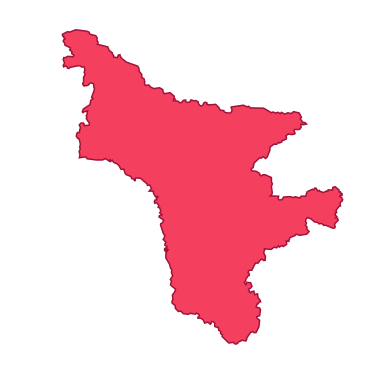 the border of Amur, rotated 8°
{"feature_id": "RUS-2609", "entity_name": "Amur", "entity_type": "Region", "adm_level": 1, "iso_a3": "RUS", "parent_name": "Russia", "parent_adm1": "", "projection": "orthographic", "projection_center": [128.173, 52.947], "detail": "fine", "context": "isolated", "style": "filled", "palette": "rose", "viewbox_px": 384, "rotation_deg": 8, "n_neighbors": 0, "source": "natural_earth", "source_scale": "10m", "svg_char_len": 5969}
<svg xmlns="http://www.w3.org/2000/svg" viewBox="0 0 384 384"><g transform="rotate(8 192 192)"><path d="M105.8,173.0L101.7,171.0L99.0,172.7L92.9,173.6L83.5,173.7L81.9,172.0L75.7,173.8L75.8,170.7L74.6,167.6L75.4,164.5L74.5,163.5L74.8,160.1L72.8,155.0L71.5,154.9L69.7,153.0L69.7,150.6L70.3,149.0L72.3,148.7L72.1,145.9L72.7,144.1L71.0,141.2L72.4,139.3L74.5,138.7L75.5,139.4L76.0,141.2L80.4,140.3L80.9,139.6L80.8,138.2L77.1,134.1L77.5,132.6L76.6,131.1L77.5,129.5L77.0,127.8L77.3,126.3L73.9,127.6L73.0,128.6L72.2,127.9L72.8,125.0L78.8,119.7L79.0,115.3L81.0,113.3L79.4,112.2L80.9,105.4L81.0,103.0L80.2,101.9L79.6,98.7L77.3,98.0L75.6,98.5L74.4,100.6L72.6,101.5L71.0,101.4L70.5,102.1L69.1,101.0L68.7,99.7L69.3,97.9L68.6,93.2L69.9,90.6L68.6,88.7L68.9,85.8L67.8,83.2L65.3,83.6L63.6,82.7L61.6,82.8L53.9,85.6L53.0,86.7L51.5,86.8L50.7,85.3L49.4,84.7L47.5,86.0L46.8,84.5L47.6,82.9L47.5,81.3L46.0,78.8L46.3,76.7L47.9,76.6L49.9,75.0L55.6,74.5L56.0,73.0L53.5,71.6L53.7,70.0L51.1,68.3L51.6,67.8L51.5,66.2L45.8,64.3L45.3,62.6L43.4,60.4L43.9,59.0L44.8,58.5L44.9,57.5L43.4,56.9L43.3,55.6L42.1,55.4L41.7,53.9L46.3,50.6L48.8,50.6L54.4,47.5L65.4,47.4L67.8,48.0L68.8,49.9L74.9,50.6L76.6,52.4L76.7,55.0L78.0,56.4L78.2,57.6L77.7,58.9L88.3,60.0L90.3,63.3L93.7,65.2L93.8,66.3L95.4,67.7L95.7,69.3L99.4,69.3L100.0,66.6L101.6,66.1L102.1,67.6L104.3,69.8L108.8,72.5L120.7,74.9L121.9,76.3L123.2,80.1L125.8,82.5L126.5,85.7L128.7,86.5L129.8,89.2L130.0,91.7L131.1,92.9L134.4,92.0L136.3,93.8L139.7,94.9L145.4,93.3L148.9,94.7L149.1,96.4L151.0,98.5L156.5,96.7L161.0,99.6L161.2,101.0L162.3,102.3L161.0,102.3L160.9,104.1L165.2,104.0L167.9,105.3L169.5,104.6L170.4,102.7L171.7,102.0L173.1,101.9L173.0,103.3L173.9,104.0L177.0,103.4L177.9,102.4L177.7,101.6L178.2,100.9L181.8,101.5L183.0,100.9L185.4,101.7L186.3,103.9L188.6,105.7L190.5,104.8L191.3,102.2L192.5,101.2L194.4,101.7L194.6,103.1L197.1,103.3L203.2,101.9L206.9,104.7L208.5,107.0L212.2,106.9L212.3,107.8L213.8,108.6L217.6,108.7L219.4,108.1L220.1,106.5L220.2,104.9L219.0,103.1L219.1,102.3L230.8,98.9L234.5,100.0L236.2,99.2L238.2,100.6L251.3,99.0L259.5,102.4L261.1,101.5L264.0,102.2L265.9,101.1L268.6,102.1L269.4,100.7L273.1,101.9L275.9,100.2L279.3,100.5L281.4,98.3L287.1,98.8L290.0,102.8L289.1,104.1L289.4,104.9L292.2,107.6L294.2,107.5L295.9,108.8L292.4,110.0L290.8,109.4L290.4,110.6L291.1,112.8L289.7,115.2L284.7,115.9L284.5,117.3L285.9,119.5L285.6,120.2L283.1,121.2L279.2,121.3L277.3,123.2L278.1,125.6L277.8,126.6L274.2,128.7L273.8,130.1L271.8,131.3L270.9,130.7L269.3,132.9L266.4,133.3L262.8,137.0L263.4,139.5L261.5,147.1L260.2,148.6L257.8,147.1L255.8,148.8L254.1,148.9L249.5,154.6L249.1,159.3L247.5,160.9L247.6,161.9L248.6,162.8L252.4,162.5L256.3,164.1L257.0,165.8L258.4,166.4L259.7,165.1L261.9,164.7L268.6,166.6L269.3,170.9L270.5,172.8L269.8,175.2L271.6,181.6L271.3,183.6L270.0,185.0L278.4,184.1L278.2,186.5L279.4,187.7L282.0,187.2L283.5,184.2L289.4,183.0L293.7,183.3L294.8,182.3L299.5,182.9L300.8,180.9L305.1,180.4L306.0,175.7L310.9,172.5L312.3,172.8L313.1,171.0L314.5,171.1L316.4,173.5L317.8,172.7L318.5,173.5L322.3,174.2L325.1,172.3L326.4,172.5L326.5,170.9L330.7,170.5L331.1,169.8L330.7,168.0L332.9,166.8L337.2,169.4L337.6,171.4L338.9,171.2L339.2,172.1L340.9,172.8L341.0,174.6L339.3,174.5L339.1,176.0L340.9,176.7L342.3,178.7L341.9,180.1L340.5,181.3L340.2,183.4L341.0,185.0L339.7,185.7L337.2,190.1L338.1,192.4L336.9,192.7L337.0,194.9L338.8,196.1L337.8,197.5L339.9,197.8L340.7,199.7L338.0,203.2L337.8,205.3L338.7,206.2L338.3,207.8L336.4,208.2L329.0,206.3L327.2,206.7L324.7,205.1L322.1,205.9L321.1,204.8L317.4,204.5L313.6,202.1L310.1,201.2L308.5,203.2L308.6,205.5L309.7,206.8L309.0,209.3L310.8,210.7L310.9,212.8L313.5,214.9L311.6,217.7L304.7,219.9L300.9,219.3L299.9,221.0L295.8,223.2L295.1,224.4L294.7,227.5L292.3,227.3L293.0,230.7L290.0,233.3L288.6,232.6L286.1,234.4L285.1,233.3L283.5,235.6L281.2,235.1L278.4,237.8L271.6,238.2L272.1,239.1L271.4,241.2L271.9,243.0L273.6,245.3L274.0,249.4L272.9,249.9L270.3,248.8L269.1,249.7L267.4,253.2L264.7,253.6L262.1,261.2L259.7,261.5L259.0,262.5L258.7,264.0L259.7,264.5L260.4,266.5L259.3,267.2L257.3,271.1L257.6,272.5L256.4,274.2L258.3,276.2L258.9,273.8L262.7,273.7L264.5,277.0L263.4,279.1L261.6,280.3L261.6,281.2L262.9,282.2L262.8,283.1L264.2,283.5L265.2,282.2L267.1,281.6L268.4,284.9L271.1,283.7L272.0,287.2L274.6,289.8L275.2,291.2L274.0,291.5L272.9,293.6L271.8,294.2L271.6,297.0L275.2,297.5L276.2,299.2L276.2,305.1L273.4,306.5L273.9,307.9L276.8,309.6L277.0,316.1L275.0,322.3L273.0,322.7L271.6,321.9L269.7,322.7L266.5,328.9L266.7,330.2L266.0,332.1L262.5,331.8L259.0,334.0L258.0,335.8L256.1,336.6L253.7,335.2L249.5,336.4L242.0,331.0L241.8,329.1L240.0,328.2L239.9,326.2L237.7,325.2L236.9,322.6L233.3,322.1L232.7,318.8L231.6,317.6L229.3,317.5L229.2,319.4L228.5,320.4L225.7,318.7L222.8,320.1L220.8,317.0L218.1,315.8L215.4,316.1L215.3,315.0L216.3,314.0L216.3,312.8L213.4,311.2L212.4,312.5L206.9,312.4L205.5,313.6L200.4,313.7L197.6,311.6L195.1,312.2L191.7,309.5L191.2,306.8L188.0,305.0L187.4,303.9L188.0,300.5L186.9,296.9L188.8,293.3L189.3,290.6L184.1,287.4L183.6,286.4L184.2,283.4L182.7,281.6L184.5,277.8L182.8,274.4L182.8,271.8L181.4,270.5L179.7,266.5L175.2,260.8L174.7,255.8L176.4,252.4L175.0,251.8L174.0,254.3L173.0,253.8L172.8,251.8L174.6,250.5L174.9,249.5L172.6,248.5L172.4,247.1L173.3,245.4L170.0,243.0L171.1,241.0L170.8,239.2L171.2,238.5L169.5,237.3L165.4,228.9L165.5,227.6L166.9,226.8L167.9,223.8L162.8,221.3L162.8,220.3L165.5,218.7L162.9,217.2L163.7,215.2L162.2,212.1L160.6,212.0L160.9,209.7L158.3,207.5L156.7,208.3L156.1,206.8L156.2,205.4L158.1,204.5L157.4,202.9L158.9,202.0L158.6,201.2L156.2,201.5L154.0,198.5L153.5,196.5L149.5,197.1L151.4,193.9L149.2,191.0L147.0,191.6L146.2,190.1L139.1,185.6L134.8,185.8L133.9,186.6L134.2,188.5L133.6,188.8L132.3,187.1L130.6,187.2L129.3,185.1L124.3,183.9L123.0,182.5L121.3,178.9L118.6,179.5L115.7,175.8L113.8,174.5L110.3,173.6L108.6,171.6L107.0,173.2L106.6,173.0L107.2,172.3L107.0,171.8L106.1,171.6L105.8,173.0Z" fill="#f43f5e" stroke="#9f1239" stroke-width="1.5"/></g></svg>